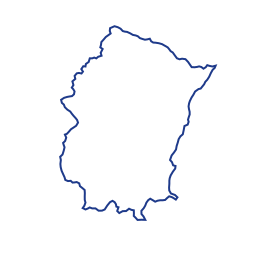 the district of São Tomé das Letras, Minas Gerais, Brazil, rotated 23°
{"feature_id": "56859067B94520469666233", "entity_name": "São Tomé das Letras", "entity_type": "district", "adm_level": 2, "iso_a3": "BRA", "parent_name": "Brazil", "parent_adm1": "Minas Gerais", "projection": "natural_earth1", "projection_center": [-44.96, -21.74], "detail": "fine", "context": "isolated", "style": "outline", "palette": "blue", "viewbox_px": 256, "rotation_deg": 23, "n_neighbors": 0, "source": "geoboundaries", "source_scale": "gbopen_adm2", "svg_char_len": 2691}
<svg xmlns="http://www.w3.org/2000/svg" viewBox="0 0 256 256"><g transform="rotate(23 128 128)"><path d="M179.8,205.8L176.9,203.4L174.0,201.9L172.7,199.0L173.8,195.7L174.2,192.8L174.1,189.5L174.8,186.5L176.1,184.4L179.2,184.8L181.8,185.2L183.6,183.4L185.9,181.9L188.3,180.9L190.3,179.7L191.5,176.9L192.6,174.8L195.3,174.5L197.2,174.7L200.0,175.2L200.6,172.5L197.4,171.3L193.1,171.5L190.4,169.4L189.1,166.8L187.9,163.3L186.6,160.2L186.0,157.9L185.8,154.9L186.4,150.6L187.3,146.9L186.6,144.4L184.1,144.7L181.9,142.3L179.2,141.0L178.9,136.2L179.9,132.6L180.6,129.0L179.8,125.5L179.5,122.0L179.0,118.5L179.5,115.2L180.9,112.4L180.1,108.2L179.2,104.1L181.6,101.6L181.4,98.6L180.0,96.9L179.7,94.5L179.5,91.5L178.4,89.0L176.7,86.7L175.3,84.4L174.6,81.5L174.4,79.0L174.6,75.1L175.2,71.8L175.5,68.2L177.7,64.6L179.5,63.3L180.2,60.8L181.0,58.0L181.1,55.3L182.1,52.6L182.7,49.1L182.8,45.0L183.2,41.3L184.3,38.9L184.3,36.4L181.7,38.4L178.6,39.0L176.4,39.2L175.8,41.7L174.3,43.9L171.7,43.2L169.4,43.5L167.7,44.8L165.5,46.1L162.8,47.1L160.0,45.3L157.5,43.7L154.0,42.2L150.7,43.1L148.6,44.6L145.8,44.7L142.6,42.8L139.7,41.0L137.2,40.6L135.2,39.4L133.1,38.3L131.0,38.0L129.0,37.8L126.6,37.5L123.3,37.9L120.1,38.7L117.8,39.5L115.4,39.1L113.2,37.3L111.1,38.9L109.1,40.1L106.5,40.4L103.8,40.6L101.2,39.7L98.9,39.8L96.1,40.4L93.1,40.0L89.6,39.9L87.5,40.5L85.3,40.8L82.4,39.5L79.2,39.2L75.8,39.6L72.5,43.1L73.3,45.8L75.1,47.8L73.3,50.8L72.0,52.9L71.1,55.8L69.9,59.3L70.7,62.2L71.0,64.6L73.8,65.2L73.5,69.5L75.4,71.8L72.7,74.1L71.6,76.3L69.4,76.4L67.8,77.9L65.6,78.8L66.0,82.6L64.2,85.5L64.8,88.0L62.7,88.6L62.0,92.0L64.5,93.7L63.9,96.0L61.3,96.5L59.5,97.7L58.5,100.9L60.3,103.4L58.6,106.8L61.0,109.8L60.5,112.8L62.5,113.7L64.5,115.2L65.1,118.1L64.0,120.5L61.6,122.0L59.8,123.2L57.4,125.2L55.4,128.2L57.3,130.7L59.8,131.5L61.7,133.5L65.0,134.8L68.4,135.4L70.7,136.8L73.2,138.1L76.0,139.4L78.0,140.5L79.9,142.6L79.4,146.2L77.6,149.0L76.0,151.4L75.0,154.6L74.0,157.3L72.5,158.7L74.9,161.0L75.2,164.5L74.1,167.1L75.5,168.8L77.1,170.5L77.7,174.0L78.1,178.0L76.8,181.0L78.7,183.7L79.8,187.5L81.3,190.3L83.6,193.3L86.5,196.0L88.8,198.1L90.6,200.3L93.5,200.3L95.9,199.0L98.3,199.9L100.2,198.9L101.9,197.8L104.7,198.0L106.5,200.3L109.4,201.1L112.3,202.0L113.7,204.8L114.9,207.9L116.3,211.1L118.0,213.3L118.2,216.6L117.6,219.4L120.7,219.6L122.4,217.9L123.8,216.1L126.5,216.0L129.5,214.7L133.2,215.6L136.4,214.2L138.4,212.1L139.2,207.5L140.4,203.3L142.2,201.1L144.7,201.5L146.7,202.9L148.0,204.9L150.2,204.7L150.5,208.6L153.2,209.7L155.6,206.6L158.7,205.2L160.5,201.9L163.2,202.0L165.5,201.5L166.8,204.3L167.7,206.7L170.0,207.6L172.7,208.9L176.2,207.2L179.8,205.8Z" fill="none" stroke="#1e3a8a" stroke-width="2"/></g></svg>